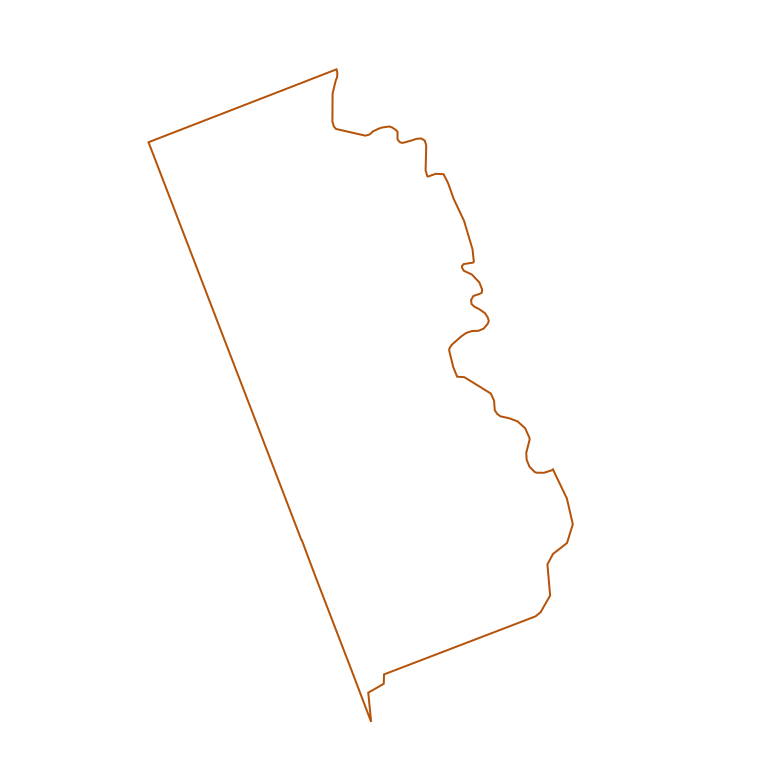 Choctaw, Oklahoma, United States of America (Natural Earth projection), rotated 249°
{"feature_id": "52423323B93718948099955", "entity_name": "Choctaw", "entity_type": "district", "adm_level": 2, "iso_a3": "USA", "parent_name": "United States of America", "parent_adm1": "Oklahoma", "projection": "natural_earth1", "projection_center": [-95.519, 34.012], "detail": "fine", "context": "isolated", "style": "outline", "palette": "amber", "viewbox_px": 768, "rotation_deg": 249, "n_neighbors": 0, "source": "geoboundaries", "source_scale": "gbopen_adm2", "svg_char_len": 1437}
<svg xmlns="http://www.w3.org/2000/svg" viewBox="0 0 768 768"><g transform="rotate(249 384 384)"><path d="M231.0,251.0L127.1,251.1L73.2,250.9L101.5,258.7L104.2,276.3L112.9,280.0L112.8,442.2L114.8,448.4L127.0,463.3L157.0,471.9L164.8,480.9L170.0,497.9L185.4,510.0L211.6,513.7L243.8,511.1L243.3,509.8L243.8,501.5L246.4,494.9L247.9,493.1L254.6,490.2L262.0,490.0L268.7,492.1L279.8,500.0L281.8,500.5L292.1,499.9L301.2,495.3L307.0,488.8L312.2,481.0L315.7,478.9L319.8,478.0L329.1,480.8L336.8,480.3L361.6,461.4L364.6,454.9L374.8,454.7L391.5,456.8L393.3,457.4L394.5,458.7L396.4,461.5L400.7,473.0L402.2,479.0L401.9,485.1L399.8,491.4L400.0,496.9L402.8,502.1L405.1,504.4L409.1,504.7L414.0,503.6L419.9,499.6L423.7,496.1L427.3,494.4L431.2,495.4L434.1,498.9L433.9,505.9L434.2,508.0L437.0,509.5L444.7,509.4L454.7,505.3L461.1,499.1L464.8,498.5L466.3,499.2L467.4,501.3L465.4,510.7L466.0,511.7L477.9,514.9L507.4,517.2L531.6,515.4L548.7,515.8L558.5,514.8L561.7,507.6L561.9,499.3L562.7,498.9L568.6,499.4L580.6,504.4L591.5,508.9L596.6,509.3L599.9,506.7L601.3,502.0L601.4,497.7L602.2,489.3L602.7,487.1L604.1,485.5L606.0,484.7L608.0,484.4L614.5,487.0L616.6,486.3L620.5,483.6L622.5,481.3L624.1,474.3L624.3,470.7L623.8,464.2L622.6,461.4L622.1,459.1L622.6,455.5L639.3,430.6L642.3,429.5L647.6,429.9L673.8,440.2L685.3,448.2L686.8,449.9L690.9,451.9L694.8,452.4L694.1,250.8L267.9,251.0L267.7,251.3L231.0,251.0Z" fill="none" stroke="#b45309" stroke-width="2"/></g></svg>